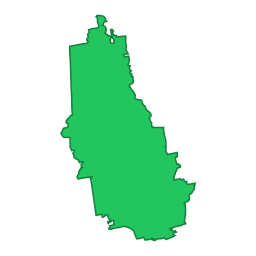 outline of Colonesti, Olt, Romania, rotated 180°
{"feature_id": "2599482B35257867577433", "entity_name": "Colonesti", "entity_type": "district", "adm_level": 2, "iso_a3": "ROU", "parent_name": "Romania", "parent_adm1": "Olt", "projection": "mercator", "projection_center": [24.671, 44.623], "detail": "fine", "context": "isolated", "style": "filled", "palette": "green", "viewbox_px": 256, "rotation_deg": 180, "n_neighbors": 0, "source": "geoboundaries", "source_scale": "gbopen_adm2", "svg_char_len": 5743}
<svg xmlns="http://www.w3.org/2000/svg" viewBox="0 0 256 256"><g transform="rotate(180 128 128)"><path d="M186.3,209.7L186.4,207.0L185.7,195.4L184.7,165.9L184.3,158.9L184.1,147.4L183.7,141.4L184.2,140.8L185.5,140.4L186.0,139.3L186.5,139.0L186.8,138.4L187.3,137.7L188.3,137.2L188.7,136.2L189.3,135.9L189.7,135.2L189.9,133.7L189.7,133.0L189.0,132.7L188.4,132.1L187.9,132.1L187.7,130.8L188.3,129.2L188.7,128.8L190.3,128.0L190.8,127.9L191.7,128.2L192.9,127.1L193.1,126.1L193.7,125.4L194.2,123.7L194.9,123.0L195.0,122.3L194.0,121.0L193.4,119.7L191.9,118.6L186.6,118.6L186.2,118.3L186.0,118.0L185.8,108.5L185.5,107.8L184.8,106.9L184.4,105.4L182.4,105.7L181.6,105.1L182.2,103.6L183.0,103.0L182.9,102.6L183.0,102.2L182.4,101.9L182.1,101.2L182.1,99.8L181.9,99.1L181.9,98.4L179.6,96.9L178.4,96.6L177.6,95.8L177.5,94.9L176.9,94.8L176.7,93.8L176.1,93.8L176.0,93.3L175.6,93.4L174.9,94.0L174.3,93.8L174.3,94.3L174.2,94.4L173.3,94.4L172.8,93.8L172.9,93.1L173.5,92.9L174.0,91.9L174.9,91.4L174.6,90.2L174.7,89.1L173.7,88.6L174.7,88.2L174.8,87.9L174.6,87.4L175.2,87.5L175.3,87.0L176.1,86.4L176.4,85.7L176.3,84.9L176.9,84.7L177.3,83.9L177.2,82.4L178.4,80.5L178.9,79.0L178.6,78.0L177.8,77.0L173.0,78.0L164.2,79.2L165.6,77.8L165.3,77.6L164.3,71.3L159.9,40.7L154.0,41.7L153.9,39.3L153.7,38.9L153.4,38.8L152.5,38.9L152.1,39.4L151.4,39.6L151.2,40.6L150.6,40.6L150.4,41.1L148.9,41.0L148.6,40.5L148.1,40.4L147.9,38.7L147.1,37.2L146.0,36.6L145.8,36.1L146.3,35.8L146.4,35.2L147.1,34.9L147.3,34.4L148.2,34.2L148.0,33.5L148.0,32.6L147.8,32.3L147.6,32.4L147.4,33.3L146.0,33.7L145.3,34.1L144.5,34.8L144.3,35.3L142.6,35.5L142.0,33.2L142.1,32.4L142.0,31.8L142.4,31.5L142.6,31.0L146.2,30.2L145.7,29.5L147.1,27.9L147.2,27.0L145.5,26.6L144.3,26.7L143.7,27.3L139.7,28.2L138.7,28.4L137.5,28.3L135.0,29.1L131.9,29.6L128.6,28.9L127.5,28.3L125.6,27.6L122.3,25.2L121.2,21.8L119.3,17.2L116.7,17.4L112.9,18.6L112.4,18.3L110.8,15.9L106.6,16.5L106.3,16.8L104.3,17.5L104.3,17.0L103.7,17.3L102.8,17.2L104.2,16.6L104.2,16.4L101.2,15.4L100.8,15.5L100.8,16.0L100.4,16.4L99.1,16.7L98.2,17.2L97.5,17.4L96.5,17.1L95.0,17.3L92.2,18.0L91.3,18.0L90.1,16.5L83.2,19.1L82.0,19.8L82.1,20.3L81.0,20.7L81.3,20.9L82.0,20.8L82.4,21.1L82.8,21.8L83.1,22.9L79.6,23.7L79.6,23.9L80.7,25.2L82.8,24.8L83.6,25.0L84.1,25.6L85.0,25.8L85.3,26.5L85.3,26.8L84.0,27.1L84.1,27.3L85.8,26.9L86.1,27.5L81.4,28.9L81.0,29.4L79.0,29.7L77.9,29.7L77.4,30.0L74.9,30.5L74.7,31.0L73.3,31.2L72.9,31.7L70.4,32.1L70.4,33.1L71.3,33.1L71.5,33.7L71.4,36.3L70.9,38.0L71.1,40.0L70.8,40.2L70.6,40.6L70.5,43.4L70.5,47.8L70.8,51.8L72.0,52.3L72.0,52.6L71.8,53.2L68.1,54.7L67.5,55.1L66.8,56.2L67.2,56.5L66.5,57.1L66.5,58.6L67.0,59.9L66.8,60.6L66.6,61.1L63.9,63.3L63.5,64.5L61.8,66.7L61.9,67.1L61.6,67.6L61.5,68.4L62.0,69.6L61.5,70.2L62.0,70.3L61.7,70.8L61.6,71.4L61.0,71.8L61.1,72.1L61.0,72.3L61.1,72.6L61.0,72.8L68.0,71.5L69.2,72.4L69.5,74.2L69.3,74.5L71.3,74.3L72.3,76.8L74.5,76.3L75.5,76.6L75.7,77.2L76.1,77.2L80.0,76.5L81.5,75.8L81.9,75.8L81.9,77.8L82.1,78.8L81.7,79.2L81.8,79.9L81.7,80.4L80.7,82.2L80.6,83.5L80.1,84.6L79.4,85.5L79.3,87.2L78.5,88.0L78.2,87.8L77.8,88.3L75.9,88.6L75.4,89.2L75.7,90.7L76.6,90.9L77.3,92.0L77.6,92.1L79.0,91.8L79.3,92.0L79.8,94.3L80.4,95.6L80.6,97.7L80.5,98.7L78.8,99.0L78.7,99.3L78.9,102.8L78.8,103.5L88.7,101.5L88.9,102.7L89.4,103.1L89.4,103.6L89.9,104.7L90.3,107.0L89.9,108.2L90.0,109.4L90.8,109.2L90.5,109.9L90.1,110.4L90.2,111.3L90.0,112.8L90.3,115.8L90.8,117.6L91.7,121.7L92.0,122.0L91.7,122.1L92.5,126.3L92.4,128.7L94.0,128.3L97.0,128.6L99.5,128.3L102.5,128.8L103.2,128.6L103.9,128.9L104.3,131.0L104.4,133.1L105.7,135.2L106.1,136.7L107.1,137.4L104.8,140.3L105.1,140.7L105.1,141.3L105.3,142.5L107.3,144.5L109.5,146.2L110.2,147.4L110.5,148.7L111.1,150.1L112.0,150.4L113.2,152.1L113.6,152.9L114.0,154.8L115.1,156.1L115.5,156.3L116.9,156.1L117.8,156.3L120.6,157.2L121.0,157.7L121.1,158.5L120.7,160.4L120.7,161.2L121.3,161.7L121.7,162.8L122.5,163.6L122.9,164.9L125.0,167.1L125.4,168.1L126.1,168.6L126.1,169.4L126.6,169.7L126.5,170.1L126.6,170.9L126.5,171.2L124.9,171.8L122.9,173.3L122.6,173.7L122.5,174.7L122.7,176.1L123.1,176.5L123.1,177.8L122.9,178.4L122.9,178.9L123.5,179.4L124.1,179.3L124.0,179.7L124.4,179.8L124.3,180.6L124.5,181.0L124.2,181.2L124.6,181.6L124.4,181.9L124.8,182.1L125.1,181.9L125.5,182.3L125.3,182.8L126.3,182.9L126.1,184.4L124.6,185.2L124.8,185.5L125.9,186.1L126.6,187.3L126.6,188.6L126.3,189.1L126.2,189.5L125.8,189.5L125.7,190.2L127.4,190.6L128.0,191.0L127.1,193.7L126.8,195.0L126.7,197.0L127.2,199.8L131.9,199.3L132.0,200.6L132.6,201.5L129.8,202.0L127.8,202.1L128.5,203.7L129.4,204.6L130.1,207.2L129.5,210.0L130.3,213.0L130.3,220.0L138.8,219.1L139.8,220.6L141.5,220.4L141.8,220.7L143.4,222.7L143.4,223.9L142.6,224.3L143.1,225.8L144.2,226.8L145.1,226.6L145.5,226.1L145.1,224.8L144.9,223.1L143.7,219.1L143.7,218.4L142.4,216.8L142.1,215.9L142.2,215.1L142.1,214.7L141.8,214.7L141.8,214.3L141.5,213.8L142.1,212.8L144.6,212.9L144.9,212.7L145.2,212.9L145.7,213.7L145.6,214.9L146.2,216.4L145.4,216.7L145.2,218.5L145.4,219.8L146.6,220.3L148.2,220.4L148.9,221.6L150.2,222.0L150.8,222.9L151.1,223.0L150.4,223.6L149.9,225.1L150.0,225.6L150.2,225.9L150.2,226.4L149.8,226.4L150.2,228.3L151.2,229.6L152.1,230.2L153.5,230.6L152.6,231.7L152.4,233.2L151.1,234.4L149.4,234.6L149.9,235.1L150.2,235.9L150.7,237.8L151.5,238.6L152.1,239.5L153.2,239.9L154.9,240.3L158.9,240.6L160.0,239.0L159.8,238.8L158.9,238.7L158.6,238.4L158.7,236.3L158.4,234.9L158.6,233.9L158.0,232.8L157.3,230.1L157.3,228.5L160.6,227.7L164.2,227.3L167.5,226.1L166.7,223.7L166.9,223.2L167.9,222.4L168.3,221.6L168.3,220.8L167.7,219.2L168.1,218.3L168.8,217.6L169.2,216.2L169.2,215.9L168.6,215.0L167.6,214.5L168.0,213.8L169.2,212.8L170.5,212.4L171.5,212.2L171.9,212.4L186.3,209.7Z" fill="#22c55e" stroke="#15803d" stroke-width="1.5"/></g></svg>